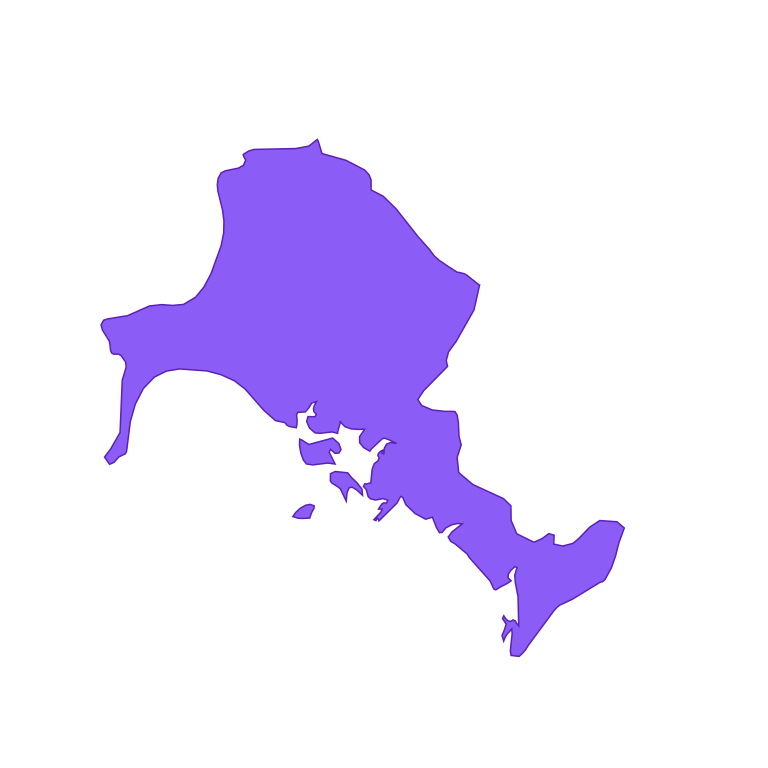 Chiriquí, Natural Earth projection, rotated 24°
{"feature_id": "PAN-1332", "entity_name": "Chiriquí", "entity_type": "Province", "adm_level": 1, "iso_a3": "PAN", "parent_name": "Panama", "parent_adm1": "", "projection": "natural_earth1", "projection_center": [-82.256, 8.459], "detail": "fine", "context": "isolated", "style": "filled", "palette": "violet", "viewbox_px": 768, "rotation_deg": 24, "n_neighbors": 0, "source": "natural_earth", "source_scale": "10m", "svg_char_len": 3965}
<svg xmlns="http://www.w3.org/2000/svg" viewBox="0 0 768 768"><g transform="rotate(24 384 384)"><path d="M125.0,466.7L122.6,466.5L120.6,464.6L117.1,458.6L115.1,456.2L104.9,449.3L101.5,445.1L101.9,439.8L105.2,436.8L121.8,426.0L138.0,408.1L148.6,401.9L158.9,398.2L168.5,392.8L176.6,381.3L180.0,368.8L181.1,353.8L179.0,324.1L176.1,311.2L171.5,300.2L165.4,290.3L153.9,275.5L150.7,269.9L148.9,263.9L149.3,257.5L152.3,253.8L163.2,246.0L166.6,241.4L166.6,235.6L163.7,233.6L162.0,231.6L165.6,226.2L169.8,222.6L207.6,204.8L218.6,197.2L223.6,187.7L225.6,189.4L233.6,198.7L258.4,195.1L279.4,196.4L285.3,199.0L289.2,202.8L293.3,212.0L307.0,212.8L323.9,219.1L354.3,235.1L355.0,235.5L370.8,242.6L377.4,246.4L384.1,248.6L395.3,250.6L405.4,252.1L407.3,251.5L412.5,250.6L415.4,250.9L430.5,254.8L431.1,254.7L436.1,279.8L432.6,315.7L429.9,328.3L431.3,337.2L434.9,342.1L423.0,373.9L421.2,384.4L427.2,388.3L438.6,388.1L450.5,384.3L456.6,381.6L460.1,380.3L463.6,382.8L467.7,389.1L473.8,401.3L479.3,408.2L480.7,421.4L488.3,434.5L505.9,439.7L539.8,440.1L549.5,443.7L555.6,456.9L566.2,466.8L585.3,467.6L591.3,460.9L595.4,453.7L600.9,452.9L604.2,461.2L613.2,459.3L621.4,452.8L624.9,445.7L630.1,431.2L636.6,421.0L652.8,415.1L662.1,417.8L663.2,433.8L665.5,447.0L666.5,459.5L665.5,472.4L664.7,474.5L664.1,475.5L661.9,477.5L643.5,504.2L634.5,514.5L633.0,517.5L631.5,521.8L622.1,564.3L621.4,569.5L619.8,574.4L618.2,577.9L610.8,580.2L610.5,580.3L607.9,576.3L602.7,560.2L600.4,555.9L598.2,562.5L597.7,566.0L597.9,570.2L594.1,565.8L594.0,559.7L593.3,553.7L587.7,550.1L587.7,547.0L590.8,549.0L593.7,550.0L596.1,549.4L597.9,547.0L600.4,547.0L601.7,548.2L602.5,548.7L605.4,550.1L592.9,523.7L584.8,512.1L581.2,505.5L580.2,497.6L577.9,497.6L575.8,502.3L574.9,507.0L576.1,510.6L580.2,512.1L577.9,515.8L572.4,522.7L569.9,526.6L567.7,526.6L561.1,520.8L532.4,507.8L529.2,505.5L514.0,501.2L508.8,500.5L504.9,497.7L506.3,491.4L512.4,479.9L508.0,481.5L503.1,485.1L499.1,490.2L497.4,496.0L495.1,497.3L490.1,493.6L482.4,486.0L477.0,490.6L465.1,489.7L453.1,485.4L447.2,479.9L444.9,479.9L444.3,487.6L435.1,511.1L434.3,510.3L432.7,509.4L432.2,509.2L432.2,512.1L429.9,512.1L433.3,502.2L433.2,499.1L429.9,500.5L430.3,497.0L430.9,494.4L432.1,492.7L434.7,491.8L434.7,488.6L429.8,489.1L423.5,493.4L418.4,494.4L415.2,493.2L410.6,487.5L406.9,486.0L406.9,483.1L408.8,482.4L410.5,480.8L412.2,479.9L407.9,466.8L407.5,460.8L409.7,456.7L409.7,453.7L407.5,451.8L407.1,449.7L408.0,447.4L409.7,445.1L410.1,446.2L410.0,447.3L410.4,448.1L412.2,447.9L410.4,442.3L410.8,437.9L413.8,434.8L419.7,433.2L411.1,432.9L406.6,433.3L404.7,434.7L398.8,448.7L398.4,451.1L391.3,450.4L385.7,447.6L383.1,442.1L384.7,433.2L378.6,436.1L372.2,438.4L365.8,438.9L359.4,436.3L360.1,439.1L360.9,445.2L361.7,447.9L355.9,449.0L345.4,455.2L340.7,456.7L333.8,454.5L328.6,449.7L327.8,444.7L334.4,441.9L334.4,439.2L331.3,437.8L329.6,435.3L329.1,431.9L329.4,427.6L325.7,430.8L325.1,436.1L323.5,441.5L316.7,445.1L316.7,447.9L318.2,450.3L319.7,453.2L320.9,456.4L321.7,459.6L314.8,461.3L312.2,461.2L309.2,459.6L299.8,461.6L284.8,456.9L259.2,445.1L245.9,441.9L231.4,441.8L216.9,444.1L191.1,453.4L180.0,460.7L171.4,471.1L166.0,486.0L165.0,503.5L167.5,521.4L176.2,550.1L176.2,552.8L171.5,558.4L169.2,565.4L166.0,569.0L158.4,564.4L160.7,554.7L162.6,535.7L143.3,486.9L141.6,473.4L139.1,469.1L132.7,465.2L129.4,464.6L125.0,466.7ZM361.7,468.6L371.9,477.0L364.6,479.2L351.8,486.9L345.7,488.6L341.3,486.3L336.1,480.9L331.7,474.3L329.4,468.6L331.7,468.6L340.0,469.8L359.0,454.3L366.9,456.7L371.3,461.2L371.0,465.3L367.4,467.3L361.7,465.4L361.7,468.6ZM409.7,494.4L401.9,491.8L396.7,491.2L394.4,493.1L394.4,497.0L394.7,499.0L397.1,506.3L386.9,497.6L384.2,496.8L376.8,495.7L374.4,494.4L371.6,487.7L375.0,483.8L386.9,479.9L392.2,482.6L399.7,485.3L406.6,489.0L409.7,494.4ZM354.6,542.2L355.7,537.0L358.1,531.5L361.6,526.7L365.5,524.0L369.8,523.7L370.6,526.4L370.2,531.1L370.7,536.7L364.0,540.1L360.0,541.6L354.6,542.2Z" fill="#8b5cf6" stroke="#5b21b6" stroke-width="1.5"/></g></svg>